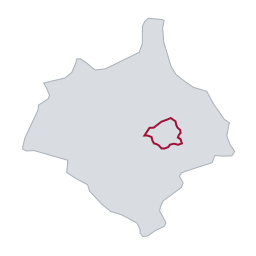 Klina highlighted on a map of Kosovo, rotated 178°
{"feature_id": "KOS-5888", "entity_name": "Klina", "entity_type": "District", "adm_level": 1, "iso_a3": "XKX", "parent_name": "Kosovo", "parent_adm1": "", "projection": "natural_earth1", "projection_center": [20.583, 42.6], "detail": "fine", "context": "in_parent", "style": "outline", "palette": "rose", "viewbox_px": 256, "rotation_deg": 178, "n_neighbors": 0, "source": "natural_earth", "source_scale": "10m", "svg_char_len": 1333}
<svg xmlns="http://www.w3.org/2000/svg" viewBox="0 0 256 256"><g transform="rotate(178 128 128)"><path d="M60.8,86.0L76.1,81.4L78.3,78.1L74.8,71.1L76.9,66.6L95.2,54.1L98.2,48.4L99.3,43.9L96.8,39.2L93.4,31.8L95.0,28.6L104.5,24.4L112.2,19.4L116.8,19.0L119.6,22.6L119.6,26.3L122.2,32.5L127.8,35.9L137.3,41.4L148.2,45.2L156.8,52.7L168.6,66.2L170.4,72.8L181.0,78.8L190.8,85.5L189.3,97.9L222.7,108.7L230.3,108.6L233.8,110.5L233.8,113.3L231.2,122.0L217.5,148.7L216.4,154.2L206.6,160.1L205.3,163.4L208.1,170.8L210.7,175.9L189.4,180.2L182.3,185.3L178.1,194.2L176.8,198.8L173.1,198.9L166.9,194.3L159.0,187.2L148.8,187.8L114.2,203.3L110.8,211.5L110.0,229.2L107.6,234.0L103.9,237.0L89.6,235.1L88.1,233.9L89.9,227.1L89.2,212.3L82.7,187.7L78.1,179.7L68.6,171.7L61.2,166.4L48.0,161.8L41.3,148.3L31.2,133.0L26.3,129.5L27.1,128.0L29.5,116.4L26.6,108.0L22.2,100.9L25.2,96.5L34.5,96.6L42.2,97.4L45.0,90.5L60.8,86.0Z" fill="#d9dde1" stroke="#a8b0b8" stroke-width="1"/><path d="M95.1,106.3L98.0,109.7L100.4,111.1L102.5,111.6L104.1,114.7L104.8,118.2L108.9,119.8L111.8,119.9L106.5,127.4L102.4,127.4L94.3,133.2L88.3,135.1L85.0,136.5L80.3,133.0L79.7,129.4L78.5,126.6L75.9,124.2L75.6,121.4L77.5,119.1L78.5,116.7L75.9,115.1L74.7,110.7L78.5,109.5L82.6,110.7L86.6,109.9L88.5,107.5L92.0,106.3L95.1,106.3Z" fill="none" stroke="#9f1239" stroke-width="2"/></g></svg>